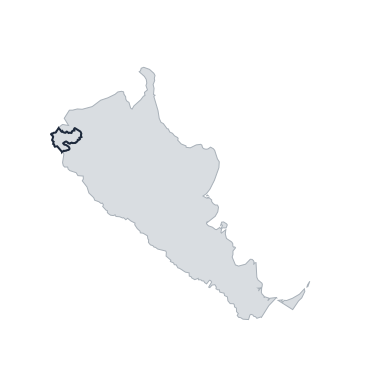 Jujuy highlighted on a map of Argentina, rotated 303°
{"feature_id": "ARG-1301", "entity_name": "Jujuy", "entity_type": "Province", "adm_level": 1, "iso_a3": "ARG", "parent_name": "Argentina", "parent_adm1": "", "projection": "albers", "projection_center": [-65.702, -23.2], "detail": "fine", "context": "in_parent", "style": "outline", "palette": "slate", "viewbox_px": 384, "rotation_deg": 303, "n_neighbors": 0, "source": "natural_earth", "source_scale": "10m", "svg_char_len": 6667}
<svg xmlns="http://www.w3.org/2000/svg" viewBox="0 0 384 384"><g transform="rotate(303 192 192)"><path d="M235.9,124.4L233.5,128.1L233.8,130.7L231.5,136.6L232.0,137.8L230.2,140.6L230.6,143.7L229.6,146.6L229.8,150.4L229.1,151.4L227.7,151.7L226.4,156.8L227.4,161.8L226.3,162.8L228.1,166.5L233.8,169.9L236.7,173.3L236.7,174.7L235.0,176.6L234.7,178.2L235.5,180.5L236.9,182.0L239.7,183.1L239.9,186.3L239.3,188.3L233.6,195.3L232.2,198.4L227.1,201.3L214.1,204.4L204.1,205.5L198.4,205.0L194.6,203.4L194.8,207.5L196.7,208.7L195.7,208.8L196.5,209.5L196.0,212.9L194.8,213.5L193.8,216.2L193.8,218.6L194.9,220.5L193.7,222.5L189.4,224.4L184.3,224.7L174.9,221.5L175.3,221.0L174.8,220.8L173.3,221.4L172.6,224.1L173.6,228.3L173.3,231.9L173.8,233.1L177.2,234.5L177.0,236.0L178.1,236.1L180.5,235.8L180.8,234.6L179.6,234.2L182.9,233.3L184.1,234.8L184.1,238.5L183.6,239.5L181.0,240.1L180.3,240.0L178.8,237.4L177.6,236.8L173.9,238.2L173.5,239.0L178.8,240.9L174.9,242.8L171.8,246.2L171.7,252.5L171.0,254.2L168.8,255.8L168.4,257.0L169.2,257.7L168.9,258.9L164.8,258.5L161.9,260.4L159.3,261.1L154.5,268.1L155.2,271.4L160.6,276.2L167.3,277.5L168.2,279.1L167.9,281.0L167.1,282.1L164.6,283.2L166.7,283.2L167.6,284.2L155.8,292.8L154.2,295.3L153.6,300.4L152.7,301.4L150.3,302.5L148.6,301.4L147.3,299.6L147.4,301.1L145.1,301.7L147.8,301.7L149.1,302.9L145.5,304.9L144.5,306.5L144.0,308.9L142.6,310.2L143.7,309.9L144.9,314.4L142.0,314.8L145.5,315.4L149.6,320.4L149.3,320.8L149.2,320.3L138.6,318.3L124.6,318.5L124.7,317.8L121.4,315.2L122.0,313.2L121.4,311.5L122.0,310.0L121.5,308.1L120.3,307.6L115.8,308.9L113.1,304.0L113.1,301.2L112.3,299.5L113.0,297.2L115.3,297.0L115.9,294.5L118.8,292.5L118.8,290.2L120.5,288.9L120.9,287.7L119.2,284.8L120.3,281.4L123.3,278.8L122.9,275.7L124.6,274.0L123.2,269.9L124.9,268.0L124.0,267.0L123.9,264.8L125.6,264.1L126.7,261.6L124.8,259.5L121.5,259.0L121.3,257.8L127.2,257.5L127.9,255.7L127.5,254.7L122.9,254.3L122.9,251.9L123.8,250.3L122.9,248.8L123.2,247.3L121.9,245.2L123.0,244.2L120.0,242.1L119.8,238.4L120.5,237.5L120.0,235.5L122.6,233.6L121.2,230.1L121.2,223.2L120.7,221.4L122.3,218.5L121.4,216.7L122.5,215.2L121.9,211.7L123.3,211.4L124.1,205.2L127.5,203.3L128.2,202.1L125.5,194.4L125.7,191.5L125.1,190.1L125.7,188.4L125.0,185.9L126.0,182.9L128.4,181.6L128.6,180.6L131.0,178.4L130.8,173.4L129.6,170.9L130.8,169.9L131.5,166.0L133.3,161.9L134.9,161.1L134.4,156.5L134.9,152.3L132.7,151.6L133.2,148.6L132.4,147.9L131.8,144.7L130.3,142.0L130.2,140.7L131.0,139.9L129.4,138.9L128.2,136.3L128.3,133.9L128.6,132.3L130.3,131.1L129.9,129.9L131.2,125.0L133.0,124.7L133.9,122.9L132.9,122.0L133.1,119.1L132.1,114.9L133.7,112.7L135.0,106.1L139.0,101.3L141.6,93.9L143.7,93.8L146.1,92.1L143.6,87.4L145.1,84.3L143.4,77.9L143.8,75.6L145.2,74.1L143.6,71.7L144.0,69.7L146.2,67.4L154.0,63.9L156.9,54.0L155.3,52.3L159.5,46.4L162.5,45.4L163.8,42.5L167.8,45.3L174.7,45.4L178.1,46.6L180.6,52.3L184.2,44.7L193.8,44.6L195.7,47.4L199.2,50.6L201.6,54.9L209.3,61.8L219.2,65.4L225.1,70.1L232.1,74.3L235.5,75.3L238.1,78.1L238.7,80.1L237.0,81.6L235.7,84.5L233.7,86.0L232.8,87.9L232.8,90.3L228.9,94.9L228.9,96.6L232.6,96.4L241.5,98.8L245.9,99.1L247.2,100.0L249.7,97.9L253.4,99.0L256.2,95.4L258.7,94.8L261.5,92.3L263.0,89.2L264.1,82.2L265.6,82.8L268.1,82.0L270.3,83.6L271.7,89.6L270.8,95.3L269.6,97.5L266.8,98.5L265.2,100.0L260.9,100.9L258.3,103.7L252.8,106.6L253.0,108.3L251.3,108.0L241.8,119.1L235.9,124.4ZM148.2,340.5L148.0,323.2L150.8,326.6L149.5,326.4L149.1,328.1L151.4,328.4L152.5,330.4L157.5,334.1L164.8,337.8L172.0,339.0L170.0,340.8L162.9,341.7L158.7,340.7L148.2,340.5ZM174.9,340.1L177.1,339.5L181.3,339.4L175.7,340.7L174.9,340.1ZM197.9,206.6L197.8,207.4L196.4,206.1L197.9,206.6Z" fill="#d9dde1" stroke="#a8b0b8" stroke-width="1"/><path d="M154.8,61.0L154.9,60.9L155.5,58.9L156.1,56.8L156.7,54.8L156.8,54.3L156.9,54.0L155.3,52.3L155.7,51.5L156.0,51.2L156.6,50.7L156.7,50.3L156.7,49.4L156.8,49.4L157.0,49.4L157.3,49.3L157.3,49.2L157.5,49.0L157.7,48.9L158.7,48.5L158.8,48.5L158.8,48.4L158.8,48.1L158.9,47.9L159.0,47.6L159.1,46.9L159.1,46.7L159.3,46.5L159.5,46.3L159.8,46.3L160.0,46.3L160.2,46.2L161.3,45.9L162.4,45.6L162.6,45.4L162.7,45.2L162.8,45.1L163.0,45.1L163.1,44.8L163.2,43.9L163.6,42.4L163.8,42.3L164.5,42.5L164.9,42.7L165.2,43.0L165.3,43.5L166.2,43.7L166.4,43.8L167.5,45.2L167.8,45.3L168.0,45.4L169.3,45.3L169.3,45.2L169.5,45.2L170.1,45.3L170.6,45.3L173.0,45.3L172.9,45.5L172.8,45.8L172.7,46.0L172.6,46.5L172.5,46.8L172.5,47.3L172.5,47.5L172.3,47.7L172.2,47.9L172.0,48.5L171.9,48.6L171.9,48.8L171.7,49.1L171.6,49.3L171.6,49.5L171.6,50.0L171.9,50.0L172.2,50.4L172.3,50.4L172.1,50.7L172.1,50.9L172.1,51.0L172.1,51.3L172.1,51.5L172.2,52.4L172.3,52.5L172.5,53.3L172.7,53.6L172.9,53.7L173.0,53.8L173.9,53.8L174.1,53.8L174.3,53.9L174.4,54.1L174.5,54.2L174.5,54.3L174.5,54.6L174.4,55.5L174.3,56.1L174.2,56.2L174.2,56.3L174.3,56.5L174.6,56.6L174.9,56.8L175.0,56.9L175.1,57.1L175.2,57.4L175.6,58.0L175.6,58.5L175.8,58.7L176.2,58.8L176.4,58.7L176.5,58.7L176.8,58.4L177.2,58.3L177.4,58.3L177.5,58.3L177.7,58.5L177.8,58.5L178.2,58.6L178.5,58.8L178.8,59.1L179.0,59.3L179.2,59.5L179.3,59.7L179.5,59.9L179.7,59.7L179.8,59.6L179.9,59.2L180.1,58.9L180.3,58.8L181.4,58.8L181.6,58.8L181.7,59.0L181.8,59.2L181.9,65.3L181.7,65.9L181.4,66.4L180.9,67.1L180.7,67.4L180.5,67.5L180.4,67.5L180.1,67.5L179.9,67.6L179.7,67.6L179.4,67.9L179.3,68.0L178.9,68.1L178.4,68.5L178.2,68.9L178.1,69.1L178.0,69.3L177.9,69.4L176.1,67.9L175.9,68.0L175.4,69.2L175.2,69.2L174.3,68.9L174.0,68.7L173.2,68.1L173.2,67.9L172.7,68.1L172.3,68.2L172.1,68.3L171.8,68.2L171.4,68.0L171.2,68.0L170.8,67.9L170.7,67.8L170.5,67.6L170.4,67.5L170.2,67.5L169.9,67.6L169.6,67.4L169.4,67.3L169.3,67.2L169.2,66.8L168.3,65.7L168.0,65.2L167.9,65.0L168.0,64.6L167.9,64.2L167.7,64.1L167.3,63.9L167.2,63.7L166.9,63.4L166.7,63.3L166.4,63.4L166.2,63.4L166.0,63.2L165.8,62.9L165.8,62.7L165.8,62.4L165.8,62.2L165.7,62.2L165.6,61.3L165.6,61.2L165.8,61.0L165.9,60.8L165.9,60.7L165.9,60.3L165.9,59.8L165.9,59.6L165.9,59.3L165.9,59.2L165.8,58.9L165.6,58.7L164.3,57.9L164.2,57.9L163.9,57.9L163.5,57.7L163.3,57.7L162.9,57.5L162.8,57.4L162.7,57.4L162.6,57.5L162.3,58.6L162.2,58.9L162.2,59.2L162.3,59.3L162.5,59.8L162.8,60.6L162.8,60.8L162.9,61.4L162.8,62.2L162.8,63.2L162.8,63.6L162.7,63.9L162.7,64.0L162.5,64.4L162.5,64.7L162.4,64.8L162.2,64.9L162.2,65.0L161.7,65.6L161.4,65.8L160.9,65.8L160.5,65.7L160.2,65.6L159.9,65.4L159.7,65.2L159.4,64.8L159.1,64.5L159.0,64.4L158.3,64.1L158.2,64.0L158.1,63.9L158.0,63.7L157.7,63.4L157.6,63.2L157.4,63.0L157.2,63.0L157.1,62.9L157.1,62.7L156.7,62.3L156.4,62.0L156.4,61.9L156.2,61.9L155.9,61.8L155.7,61.7L155.5,61.4L155.4,61.4L155.2,61.3L155.1,61.2L154.9,61.0L154.8,61.0Z" fill="none" stroke="#1e293b" stroke-width="2"/></g></svg>